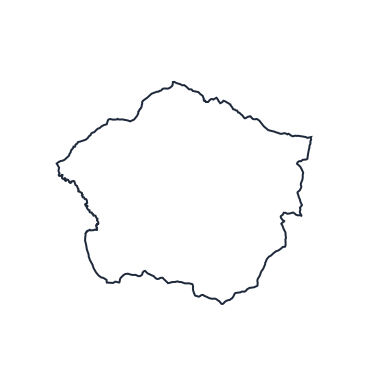 outline of Soveja, Vrancea, Romania, rotated 228°
{"feature_id": "2599482B26543167890011", "entity_name": "Soveja", "entity_type": "district", "adm_level": 2, "iso_a3": "ROU", "parent_name": "Romania", "parent_adm1": "Vrancea", "projection": "equal_earth", "projection_center": [26.665, 46.015], "detail": "fine", "context": "isolated", "style": "outline", "palette": "slate", "viewbox_px": 384, "rotation_deg": 228, "n_neighbors": 0, "source": "geoboundaries", "source_scale": "gbopen_adm2", "svg_char_len": 6042}
<svg xmlns="http://www.w3.org/2000/svg" viewBox="0 0 384 384"><g transform="rotate(228 192 192)"><path d="M286.5,251.4L284.4,249.0L284.1,247.8L284.2,245.9L284.4,244.6L285.0,243.2L287.1,241.1L288.1,239.8L288.3,238.9L288.1,237.3L288.2,236.7L288.9,235.5L288.9,234.3L289.7,233.5L290.1,232.7L292.1,227.7L292.0,222.2L292.6,216.8L292.2,215.1L290.8,214.0L290.6,213.4L289.2,211.7L288.5,210.1L288.4,209.7L288.6,209.2L288.2,208.6L288.2,207.6L287.6,206.7L287.7,205.9L286.3,204.6L286.3,204.1L285.8,203.5L285.3,201.9L284.6,197.4L285.9,193.3L287.7,192.4L289.9,190.9L290.8,190.0L291.9,189.5L295.2,185.8L296.1,185.7L296.5,184.3L297.3,183.2L299.1,181.3L300.7,180.3L301.6,179.0L301.6,177.6L299.4,173.9L300.7,171.3L300.8,170.5L301.2,169.7L301.4,165.9L302.1,164.4L302.1,161.9L301.9,160.1L302.0,159.2L302.8,157.5L302.9,156.6L302.5,155.1L302.1,154.5L302.4,152.7L301.8,150.3L302.1,147.7L304.5,142.2L305.2,141.2L305.4,140.4L304.9,139.6L304.8,139.0L305.1,137.8L305.0,136.8L304.0,135.6L304.0,135.2L305.0,134.3L304.2,133.0L304.0,130.8L303.8,130.6L303.8,130.1L303.1,128.8L302.6,128.2L302.2,126.2L301.5,125.4L301.3,124.6L301.2,119.4L301.5,117.6L302.9,115.0L303.5,113.2L303.7,110.5L299.0,109.5L297.2,107.1L296.0,106.4L294.9,106.2L294.4,105.8L294.2,105.0L293.8,104.3L293.0,104.1L292.4,104.4L291.7,105.7L291.9,106.6L291.3,107.1L291.0,106.8L290.7,106.3L289.7,105.0L289.0,104.7L288.0,105.0L287.6,105.9L287.4,106.8L287.2,106.9L285.9,106.8L285.8,106.3L286.4,105.5L284.8,105.5L284.6,106.0L284.8,106.9L284.7,107.5L284.1,108.0L283.0,108.0L281.8,107.4L280.3,107.5L280.0,107.8L279.9,108.6L280.5,109.0L280.6,109.4L279.9,110.3L279.7,111.2L278.7,111.7L275.1,110.1L273.4,110.6L271.5,109.7L270.1,109.6L269.8,109.0L268.5,107.9L268.3,108.0L268.2,108.5L267.9,108.8L266.6,108.8L265.2,109.5L264.7,109.4L263.9,108.8L263.2,108.9L263.0,108.6L263.1,108.0L262.1,107.9L261.6,107.3L261.2,107.3L260.4,108.1L258.6,107.6L258.2,107.7L257.6,108.5L256.2,108.3L254.0,106.7L254.2,105.7L253.9,105.4L253.9,105.2L254.4,104.7L254.2,104.2L252.9,103.8L252.0,104.9L251.4,104.9L251.3,104.6L251.6,104.1L251.4,103.7L249.8,103.1L248.2,103.0L246.9,103.6L246.1,102.7L245.4,102.5L244.9,102.7L244.0,103.7L243.2,103.6L242.8,103.3L241.9,103.7L240.5,103.0L240.2,103.1L239.6,104.1L239.0,104.4L237.0,103.7L235.3,103.8L235.1,103.7L235.0,102.9L234.4,102.4L232.4,102.2L231.1,101.2L231.0,100.9L231.8,100.0L231.1,99.3L231.5,98.6L231.4,98.4L230.1,97.6L228.9,97.5L228.7,96.7L227.9,96.6L227.4,96.1L227.4,95.9L229.1,94.5L229.4,93.5L230.1,92.5L231.4,90.9L232.4,90.7L232.5,90.4L232.5,89.3L232.9,88.9L232.9,88.3L233.2,87.9L232.7,87.0L233.0,86.4L232.5,85.5L232.4,84.9L231.9,84.8L229.7,82.3L227.4,80.0L223.8,78.1L219.6,75.4L215.0,73.5L212.9,71.9L211.2,71.3L210.0,70.7L204.6,69.4L201.2,67.9L196.5,66.9L192.6,66.7L189.4,67.3L188.4,68.1L186.8,68.9L183.9,69.7L181.7,68.1L177.4,72.3L177.1,72.9L176.7,74.9L176.3,75.4L173.5,77.2L173.5,77.5L173.7,78.1L175.4,80.2L175.9,81.6L176.1,85.6L175.6,87.7L174.4,89.4L173.5,90.2L172.7,90.5L170.1,92.3L168.2,94.6L165.3,95.9L164.3,97.1L164.0,98.5L164.0,99.6L164.5,100.6L165.1,101.4L165.3,102.4L165.2,103.7L164.9,104.3L160.9,104.6L158.8,105.7L157.9,105.9L155.3,107.2L152.4,107.3L151.0,107.7L150.0,108.7L149.5,109.9L149.4,111.0L148.0,112.7L140.3,113.2L138.9,115.6L138.5,116.8L136.5,119.2L135.3,121.4L134.0,122.1L132.3,123.7L128.7,125.7L126.3,128.5L123.7,130.4L123.1,130.6L121.6,129.9L120.6,129.2L120.2,128.5L117.9,126.9L115.9,126.0L113.1,125.0L112.1,125.5L109.7,127.0L109.3,127.8L109.3,129.1L108.9,130.3L108.6,130.9L107.7,131.5L106.4,131.7L104.7,132.6L101.3,133.9L98.9,135.8L97.6,137.5L96.6,138.2L95.5,138.5L93.7,138.8L92.7,139.2L89.2,139.1L88.7,139.3L88.3,140.0L88.1,140.6L88.4,143.0L88.2,144.4L87.5,146.4L86.5,147.9L86.5,149.6L86.2,150.4L86.6,152.7L87.9,155.8L87.9,156.4L87.7,157.0L85.0,160.9L84.7,162.3L83.8,163.4L83.0,164.0L82.8,164.5L82.5,166.1L82.8,167.8L82.3,170.5L79.7,174.3L78.6,177.6L78.9,178.4L80.0,179.4L80.4,180.0L81.9,180.8L83.0,182.0L83.7,183.4L84.0,184.9L85.1,187.7L86.0,189.0L86.8,191.1L87.1,193.0L88.1,195.4L89.4,198.0L90.4,199.1L91.0,200.7L91.7,201.8L92.1,203.2L92.5,205.9L92.1,207.2L91.9,208.3L92.0,211.3L91.7,214.9L90.8,216.9L90.4,219.8L90.4,222.8L89.1,224.4L89.3,225.0L89.6,225.7L91.3,227.3L94.2,229.6L94.9,231.0L98.3,233.4L98.9,234.1L100.1,234.6L103.0,235.3L106.8,236.8L108.6,237.1L108.8,238.0L108.5,240.7L108.7,241.1L110.3,240.6L113.1,240.8L114.2,241.3L114.6,241.8L114.4,244.3L115.2,246.3L114.2,247.4L111.9,248.4L110.5,250.5L109.4,252.9L108.9,253.5L107.3,253.9L105.5,254.1L104.4,254.7L103.8,255.0L102.8,256.4L101.2,257.4L101.3,257.6L104.1,258.3L105.3,259.0L106.7,261.1L107.5,261.3L108.1,261.7L108.5,264.1L108.6,264.8L108.9,265.1L111.2,265.6L114.6,267.3L117.6,268.3L118.2,268.8L120.6,269.7L121.2,270.3L121.2,273.5L122.3,276.1L122.9,276.9L124.6,277.7L125.2,278.3L125.7,279.0L127.2,282.2L128.8,284.1L130.6,285.7L132.0,287.6L135.8,288.8L138.6,289.4L142.7,288.9L143.4,290.3L143.3,291.8L142.9,292.7L141.9,293.6L141.9,295.7L139.7,298.7L139.5,300.1L141.1,301.8L145.4,307.3L145.9,308.3L148.0,310.6L148.6,312.3L150.4,313.8L151.2,315.6L152.5,316.2L153.1,317.3L155.1,313.9L156.9,313.2L163.0,308.3L163.6,307.3L164.6,306.6L166.0,304.1L168.2,303.2L169.5,303.1L170.8,302.6L171.0,301.5L172.8,300.8L174.0,299.9L175.2,297.6L175.9,296.9L177.0,296.1L178.4,295.6L179.1,294.9L181.6,293.7L186.9,290.1L192.7,289.3L199.9,289.8L202.8,289.1L204.3,287.0L205.5,286.1L206.5,286.0L209.1,286.1L209.8,285.3L209.9,284.6L210.3,284.3L210.8,282.5L210.9,281.3L211.7,280.4L215.7,280.7L217.1,280.3L218.0,280.4L219.8,280.0L220.2,279.5L222.3,280.0L223.6,279.0L224.8,278.9L225.9,278.0L226.2,277.9L227.8,278.5L230.9,278.7L231.3,279.1L237.2,277.3L238.8,276.4L238.6,275.3L238.6,274.0L239.1,272.4L242.0,272.6L242.9,273.0L245.6,273.3L246.0,272.1L246.4,269.7L247.7,269.2L248.2,268.6L248.5,266.4L248.1,265.2L248.2,264.1L249.6,262.5L250.8,262.9L251.0,262.9L251.2,262.2L251.8,262.0L252.6,262.3L253.5,263.3L254.8,263.6L255.9,264.2L257.1,264.2L258.8,263.7L262.0,263.6L266.6,260.2L268.5,260.3L270.4,258.5L273.7,258.3L276.7,257.7L277.7,256.2L280.0,255.4L283.4,253.3L285.6,252.6L286.5,251.4Z" fill="none" stroke="#1e293b" stroke-width="2"/></g></svg>